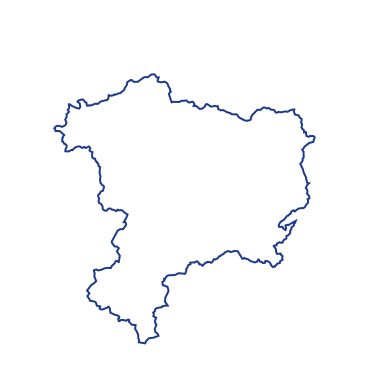 outline of Binh Gia, Lạng Sơn, Vietnam, rotated 70°
{"feature_id": "81297802B86040607446214", "entity_name": "Binh Gia", "entity_type": "district", "adm_level": 2, "iso_a3": "VNM", "parent_name": "Vietnam", "parent_adm1": "Lạng Sơn", "projection": "natural_earth1", "projection_center": [106.28, 22.064], "detail": "fine", "context": "isolated", "style": "outline", "palette": "blue", "viewbox_px": 384, "rotation_deg": 70, "n_neighbors": 0, "source": "geoboundaries", "source_scale": "gbopen_adm2", "svg_char_len": 6007}
<svg xmlns="http://www.w3.org/2000/svg" viewBox="0 0 384 384"><g transform="rotate(70 192 192)"><path d="M248.7,324.3L252.1,323.1L254.1,325.9L258.0,325.0L259.2,325.1L261.5,321.2L262.6,320.2L266.4,320.2L268.1,317.4L269.7,318.7L270.2,318.7L271.4,317.5L271.8,315.8L271.7,311.2L271.1,310.0L271.2,309.6L273.5,309.0L277.5,310.0L281.1,306.3L282.4,304.3L284.3,303.0L285.7,303.7L285.9,304.7L288.3,305.0L288.5,304.4L288.0,302.4L288.6,300.6L290.5,297.8L290.0,296.3L290.3,295.1L290.8,294.8L292.4,295.6L296.3,293.8L297.7,290.5L301.3,292.3L303.8,291.7L307.7,291.4L310.7,292.4L313.2,292.4L315.0,293.4L318.2,287.8L316.4,286.1L314.7,282.5L315.7,278.2L315.7,272.7L313.6,272.7L311.0,274.3L307.9,273.8L304.5,270.8L302.7,271.3L300.4,270.9L297.9,268.7L295.5,270.8L293.6,269.5L292.0,269.7L291.4,267.8L289.4,266.4L289.1,265.2L289.5,261.5L289.9,260.3L289.9,259.6L289.3,259.3L289.4,257.1L290.4,253.7L285.7,254.9L282.0,253.1L277.9,248.7L276.2,247.7L272.6,247.5L271.6,248.9L270.7,249.5L269.7,251.3L266.4,250.7L265.9,248.3L264.0,248.0L264.4,247.0L262.9,245.3L262.3,243.5L262.4,241.9L264.2,236.5L263.7,232.5L266.5,226.4L263.9,224.2L262.5,223.9L262.0,222.9L259.4,220.4L259.4,218.2L257.9,217.9L258.3,215.7L259.2,213.8L258.8,212.9L258.8,211.0L260.6,209.9L262.6,209.8L263.0,208.4L264.9,207.4L263.1,203.4L263.4,202.3L262.9,201.5L264.0,199.2L264.8,198.7L265.0,197.2L262.7,194.5L263.4,193.1L263.1,192.3L263.3,190.9L261.8,188.8L261.9,187.5L261.1,185.7L261.2,183.8L260.1,182.2L259.8,178.7L260.3,177.3L261.6,176.4L261.9,174.9L261.8,172.7L263.3,169.3L271.9,167.5L272.2,166.8L271.9,165.2L272.6,164.9L274.4,162.3L276.7,160.9L279.7,157.0L279.7,154.9L278.1,152.8L278.6,152.3L280.5,152.1L281.4,150.5L282.9,149.8L283.5,147.6L282.0,146.8L282.4,145.4L283.4,144.0L285.6,142.8L287.9,142.7L290.2,141.7L290.4,139.6L289.7,139.3L289.5,137.7L288.4,136.3L288.8,133.8L287.1,132.8L286.7,130.1L285.2,130.0L283.2,128.8L281.7,129.8L280.3,129.7L279.2,133.3L277.3,133.4L274.2,132.7L270.8,133.7L270.4,132.8L271.0,130.9L269.4,129.6L269.2,126.9L269.9,126.2L270.6,124.2L269.3,123.3L268.3,121.6L268.0,119.2L265.6,118.3L265.5,116.1L264.2,113.8L262.4,113.2L260.5,111.1L259.3,110.6L258.6,108.0L256.8,107.0L256.2,105.7L254.6,104.4L256.0,112.8L255.3,114.0L255.4,115.6L258.4,116.0L259.7,117.2L257.9,118.5L255.5,119.0L254.9,121.7L254.1,122.2L253.3,122.1L251.3,120.4L250.0,118.1L250.1,117.2L249.4,114.9L246.9,110.7L247.1,109.6L246.3,108.1L246.1,106.7L244.6,105.6L244.3,104.9L243.9,102.8L245.4,102.1L244.0,97.9L244.6,94.4L245.3,93.0L245.1,92.2L244.5,90.6L242.9,88.9L242.0,86.9L240.9,86.2L238.2,85.7L238.2,84.1L237.5,83.5L235.2,83.4L233.0,84.5L230.7,83.2L228.8,83.1L227.2,83.7L224.6,81.1L223.8,79.0L222.6,80.5L218.8,80.3L217.4,79.9L211.4,80.4L208.6,80.0L202.6,80.6L201.4,78.4L200.0,77.1L198.7,76.8L197.8,75.3L192.4,73.4L189.9,74.0L189.3,72.5L187.8,70.6L187.2,68.5L186.6,67.4L186.6,66.5L186.0,65.6L186.4,60.7L184.4,59.6L182.9,58.1L181.8,58.2L180.8,59.0L180.3,60.7L179.7,61.6L180.1,63.5L178.5,65.3L174.8,64.5L174.4,64.8L174.4,66.3L172.0,65.8L170.6,66.7L168.7,67.0L166.2,65.4L163.9,65.7L161.7,64.2L160.9,64.0L158.7,65.4L156.5,65.6L154.5,68.7L151.1,68.8L149.5,67.7L148.9,69.5L148.8,72.1L149.4,74.6L148.2,76.7L147.6,81.1L146.5,82.7L146.3,85.7L145.6,86.3L143.0,86.8L141.6,89.6L139.3,91.1L139.2,93.1L138.2,93.8L137.1,95.5L137.4,97.4L138.3,99.8L137.1,102.3L140.1,108.8L142.3,111.3L143.9,112.0L144.2,112.5L144.3,113.6L143.8,116.3L142.4,118.4L137.9,122.4L134.5,123.2L132.4,128.3L130.8,129.1L129.2,131.6L125.7,134.7L125.2,136.8L123.1,139.0L120.2,138.4L119.9,139.7L118.8,141.1L118.6,143.9L118.1,145.1L115.1,147.2L114.3,148.4L114.3,148.9L116.2,151.0L117.1,153.7L116.7,156.2L112.3,158.9L111.8,161.0L110.1,159.6L107.6,160.3L107.2,161.0L107.0,164.0L106.1,165.0L104.3,165.7L103.9,166.4L103.5,168.7L102.7,170.5L103.1,173.1L101.0,178.4L100.7,180.5L92.3,180.2L91.4,179.7L90.6,177.6L88.9,177.9L87.7,177.4L84.4,178.0L81.5,178.0L79.1,179.7L78.4,183.5L76.4,186.4L75.3,186.1L72.9,184.1L72.1,186.1L69.7,186.5L68.5,187.2L67.7,189.8L69.0,194.4L68.1,196.3L67.9,198.3L69.9,205.1L68.9,208.3L68.0,209.5L66.3,210.3L65.8,211.0L66.6,215.2L69.3,216.8L71.4,219.7L72.9,220.9L74.6,225.8L74.2,227.5L74.4,230.5L73.7,232.0L74.2,232.6L73.9,235.1L72.6,237.2L74.7,238.1L76.5,239.9L75.7,246.7L77.0,250.4L75.9,252.7L76.2,257.3L75.3,258.8L75.5,260.1L75.2,260.9L74.6,261.2L72.0,260.7L70.7,261.9L68.5,262.4L67.6,263.1L67.1,266.7L67.6,268.5L68.2,268.7L70.2,267.2L73.9,267.9L75.0,269.4L73.6,271.8L69.7,275.7L68.0,276.6L67.5,277.7L71.1,278.7L72.4,280.8L74.5,280.2L75.3,281.2L75.9,283.3L78.3,283.9L80.7,286.4L83.9,286.2L85.3,287.4L86.1,288.7L86.3,291.9L84.6,293.9L83.7,296.1L84.1,298.2L85.2,299.6L86.0,299.1L88.0,299.4L89.5,295.5L94.7,292.6L95.5,293.9L96.5,294.6L97.0,295.6L98.5,295.8L100.0,296.7L100.9,295.9L103.0,295.6L103.8,294.5L105.4,293.9L106.6,294.3L108.9,296.4L110.4,297.1L111.6,294.4L111.3,290.8L111.8,290.0L111.0,288.7L110.0,285.5L110.4,282.9L110.8,281.9L113.0,280.2L112.8,277.7L113.9,277.2L114.3,276.5L113.9,273.5L114.1,273.1L116.1,272.6L117.5,274.0L118.1,274.1L118.9,273.7L120.5,271.9L122.8,273.2L124.9,273.8L126.7,273.3L127.6,271.7L129.9,271.9L131.1,271.1L131.8,271.4L132.5,270.7L134.1,270.5L135.8,270.9L136.9,269.9L143.0,272.5L145.7,272.5L149.0,274.2L152.1,274.9L154.5,274.1L156.1,273.0L157.1,272.9L160.3,275.2L160.4,277.2L160.8,278.1L162.1,279.2L162.3,280.6L162.7,281.1L163.8,281.6L166.8,281.6L168.6,282.9L170.4,283.2L171.7,281.8L173.5,281.1L174.7,281.0L177.7,281.7L179.4,280.7L180.4,278.6L179.1,276.3L179.5,274.6L179.8,274.1L181.1,273.3L181.9,271.9L184.1,269.5L183.2,267.9L184.4,266.6L184.9,264.3L189.7,261.5L191.0,260.2L193.9,262.6L197.0,266.4L197.7,264.9L199.9,265.0L200.7,265.6L203.3,269.4L202.4,272.4L202.8,275.0L211.1,284.3L212.0,284.7L216.7,283.3L217.7,281.1L219.8,280.0L222.2,282.9L227.1,281.6L232.8,284.8L232.7,285.2L231.5,285.6L231.0,286.2L230.9,287.2L231.3,288.0L232.6,289.1L233.9,292.4L235.7,294.4L234.6,296.7L233.8,300.3L234.1,304.0L233.5,307.2L232.2,308.3L231.9,310.6L232.5,311.2L235.4,311.3L237.8,312.7L243.0,312.5L244.3,315.6L245.0,318.5L248.7,324.3Z" fill="none" stroke="#1e3a8a" stroke-width="2"/></g></svg>